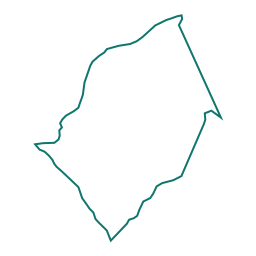 the district of São Brás, Alagoas, Brazil, rotated 90°
{"feature_id": "56859067B34385309848711", "entity_name": "São Brás", "entity_type": "district", "adm_level": 2, "iso_a3": "BRA", "parent_name": "Brazil", "parent_adm1": "Alagoas", "projection": "natural_earth1", "projection_center": [-36.859, -10.112], "detail": "fine", "context": "isolated", "style": "outline", "palette": "teal", "viewbox_px": 256, "rotation_deg": 90, "n_neighbors": 0, "source": "geoboundaries", "source_scale": "gbopen_adm2", "svg_char_len": 944}
<svg xmlns="http://www.w3.org/2000/svg" viewBox="0 0 256 256"><g transform="rotate(90 128 128)"><path d="M117.6,35.1L25.1,77.1L19.1,73.9L15.4,74.4L16.3,78.9L18.5,85.0L20.0,89.7L21.9,93.5L25.4,100.7L37.1,113.6L41.3,119.4L44.0,125.9L45.8,137.3L49.0,149.0L52.6,151.9L55.9,156.9L61.6,163.4L65.7,165.7L82.5,171.5L94.6,173.1L99.4,174.7L103.1,176.1L107.7,177.6L111.2,182.2L115.7,190.1L119.6,193.8L123.3,195.9L127.4,194.1L130.4,196.7L135.7,196.3L139.4,197.4L142.8,201.6L143.2,213.1L144.3,220.9L149.6,216.4L151.7,211.4L155.6,207.1L160.0,203.5L163.5,201.9L166.7,199.5L170.5,195.2L175.5,189.8L187.1,177.6L198.2,173.8L204.2,169.5L208.5,166.6L212.6,162.6L219.0,160.5L222.4,157.4L230.5,149.2L240.6,145.2L223.7,129.1L219.7,126.9L218.2,122.2L215.8,118.8L209.9,116.7L201.5,112.7L198.0,105.7L193.3,102.6L186.4,99.4L183.1,93.8L180.2,82.7L176.1,74.6L124.2,52.2L119.8,50.7L113.3,51.2L110.7,44.6L117.6,35.1Z" fill="none" stroke="#0f766e" stroke-width="2"/></g></svg>